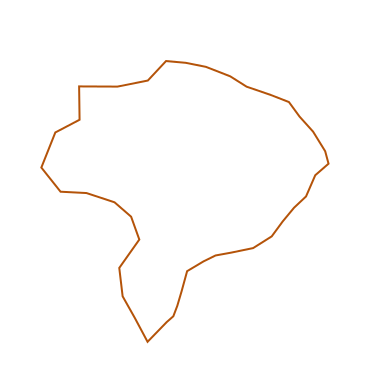 the district of Agios Efstathios, Cyprus, rotated 345°
{"feature_id": "46923920B27642326051003", "entity_name": "Agios Efstathios", "entity_type": "district", "adm_level": 2, "iso_a3": "CYP", "parent_name": "Cyprus", "parent_adm1": "", "projection": "robinson", "projection_center": [34.021, 35.386], "detail": "fine", "context": "isolated", "style": "outline", "palette": "amber", "viewbox_px": 384, "rotation_deg": 345, "n_neighbors": 0, "source": "geoboundaries", "source_scale": "gbopen_adm2", "svg_char_len": 644}
<svg xmlns="http://www.w3.org/2000/svg" viewBox="0 0 384 384"><g transform="rotate(345 192 192)"><path d="M110.3,325.2L133.9,311.1L141.8,307.2L148.3,298.2L156.2,285.3L166.8,267.2L185.2,262.0L198.3,259.4L214.1,260.7L236.5,262.0L257.5,255.5L272.0,243.9L286.5,233.6L301.0,225.8L315.4,207.7L331.2,200.0L331.2,187.1L324.6,165.1L315.4,147.0L308.9,130.2L293.1,118.6L272.0,104.4L258.9,90.2L237.8,74.7L219.4,65.6L200.8,58.8L178.2,72.9L147.3,70.9L110.3,60.8L102.1,93.1L75.4,99.1L52.8,129.4L65.1,157.7L89.8,165.7L114.5,181.9L126.8,200.1L128.8,224.3L102.1,246.5L98.0,274.8L104.2,299.0L110.3,325.2Z" fill="none" stroke="#b45309" stroke-width="2"/></g></svg>